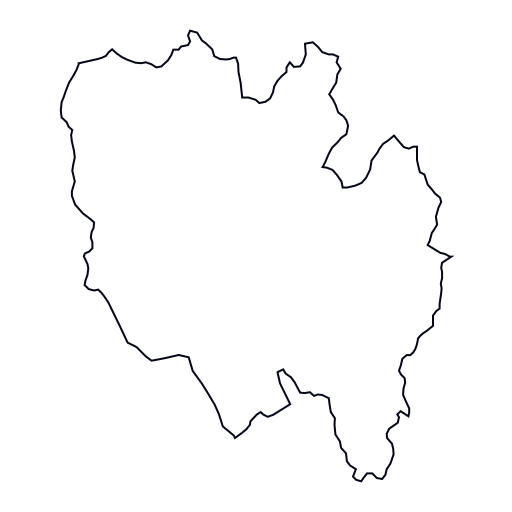 outline of Raub, Pahang, Malaysia
{"feature_id": "92858781B38754902087589", "entity_name": "Raub", "entity_type": "district", "adm_level": 2, "iso_a3": "MYS", "parent_name": "Malaysia", "parent_adm1": "Pahang", "projection": "robinson", "projection_center": [101.866, 3.837], "detail": "fine", "context": "isolated", "style": "outline", "palette": "ink", "viewbox_px": 512, "rotation_deg": 0, "n_neighbors": 0, "source": "geoboundaries", "source_scale": "gbopen_adm2", "svg_char_len": 3334}
<svg xmlns="http://www.w3.org/2000/svg" viewBox="0 0 512 512"><path d="M108.4,302.6L119.6,325.6L127.6,342.6L136.6,347.1L145.6,356.2L151.6,360.7L163.7,358.4L178.7,355.0L188.7,357.3L192.7,370.9L201.7,383.3L208.8,394.7L214.8,404.9L218.8,413.9L222.8,426.4L233.8,435.5L235.0,438.0L241.8,433.0L246.3,429.3L250.0,424.7L250.4,421.4L253.3,418.2L257.0,414.4L260.7,412.1L263.1,414.4L267.6,416.8L273.0,414.9L290.2,404.2L280.0,383.3L277.5,372.2L283.2,369.4L285.7,373.6L291.0,377.3L294.7,382.4L300.1,392.6L304.6,393.1L309.9,392.2L314.0,395.9L317.7,394.5L322.2,395.0L328.8,398.2L329.6,404.7L330.8,412.1L334.9,418.2L334.5,424.7L335.4,434.4L339.9,441.4L341.1,447.9L346.0,453.4L346.9,461.3L350.1,465.5L355.9,469.2L353.0,476.6L356.3,479.9L361.2,481.3L363.7,477.6L367.0,473.4L372.3,473.4L376.8,478.0L382.1,479.0L382.5,478.5L385.4,474.8L386.7,469.2L390.4,463.6L393.6,454.4L393.2,448.8L392.0,443.7L387.1,438.1L386.7,433.9L389.1,428.8L393.6,425.6L397.7,422.8L399.0,417.2L397.3,414.4L400.6,411.2L408.4,416.3L409.2,412.6L409.2,408.4L405.5,400.5L403.1,395.0L403.5,388.5L405.1,382.9L404.7,378.2L401.0,374.5L399.0,370.8L401.0,364.8L402.3,358.8L406.8,355.0L410.2,355.2L413.3,352.3L415.2,349.3L416.5,345.7L417.5,341.6L418.1,338.3L420.2,335.9L422.8,333.5L426.7,330.9L433.0,325.8L433.0,323.0L433.0,315.6L436.3,311.0L439.6,308.6L439.6,304.0L441.2,292.9L441.6,288.2L440.8,283.6L442.1,278.0L442.1,272.0L441.2,267.8L442.1,262.7L451.2,256.7L449.9,256.7L444.9,253.9L440.4,252.9L427.7,245.1L429.7,240.9L431.8,233.0L434.3,229.3L437.1,224.6L435.9,216.8L438.4,207.9L441.2,201.9L440.0,197.7L435.1,193.6L432.2,189.8L427.7,184.7L424.4,174.5L419.9,172.2L418.7,167.6L417.0,160.1L417.0,146.7L413.3,146.7L408.8,148.6L403.9,147.2L399.8,142.5L394.0,135.6L387.9,140.7L383.0,143.9L379.3,149.0L377.6,152.3L371.5,160.6L370.2,169.4L366.1,177.8L361.6,182.9L355.1,185.7L347.3,187.5L342.7,187.5L341.5,181.5L336.6,174.5L332.5,169.9L326.7,167.6L322.6,167.1L325.5,161.5L328.8,153.7L332.1,147.6L337.4,142.5L341.1,137.9L346.4,134.2L348.1,125.8L346.4,120.3L343.6,116.5L338.2,112.4L335.8,105.4L332.9,99.4L329.2,94.3L332.5,88.7L336.2,82.7L337.4,74.3L340.7,68.8L336.6,62.3L338.2,56.7L332.9,54.4L328.8,54.4L322.2,52.1L318.1,47.0L312.8,42.3L305.0,43.7L305.4,49.3L305.8,54.4L302.9,62.7L300.1,66.4L293.9,66.9L289.8,62.3L286.5,67.4L286.5,72.0L281.6,76.2L277.5,80.8L274.2,86.4L273.0,92.4L270.1,98.4L265.6,101.7L259.4,103.1L255.7,99.8L248.4,97.5L242.2,97.5L240.6,82.7L238.5,72.0L238.1,63.7L236.0,57.6L233.6,57.6L229.9,59.0L226.2,59.5L220.0,59.0L214.3,56.2L212.2,49.3L205.7,43.2L202.0,40.5L197.1,32.6L190.1,30.7L188.0,35.4L190.1,41.4L188.0,45.1L181.1,46.5L178.6,49.7L173.3,49.7L171.2,55.3L167.9,60.4L161.4,66.4L156.4,67.4L151.1,64.1L145.8,62.3L141.3,63.2L135.5,62.7L127.7,59.9L122.0,57.2L116.6,53.4L112.1,49.3L108.8,52.1L106.0,55.8L102.3,57.6L97.8,59.0L78.7,63.3L78.9,63.7L76.4,70.1L73.6,75.3L69.0,82.7L65.8,91.0L63.7,97.1L61.6,102.2L60.8,110.5L61.6,117.5L66.6,122.1L68.6,126.7L72.3,130.0L71.1,135.1L71.9,141.6L74.0,150.9L74.8,157.4L73.1,165.3L72.3,170.8L73.5,175.9L74.8,181.5L71.9,191.2L71.9,195.9L75.2,204.7L83.0,213.5L89.1,218.1L94.1,222.3L93.6,227.9L91.6,232.1L90.8,237.6L92.4,242.3L92.4,248.3L89.1,251.6L85.0,253.4L83.8,256.2L87.5,264.1L88.3,268.3L87.5,274.8L85.4,280.8L84.6,285.0L88.7,289.1L94.1,290.5L98.2,289.6L101.9,293.3L104.7,297.0L108.4,302.6Z" fill="none" stroke="#020617" stroke-width="2"/></svg>